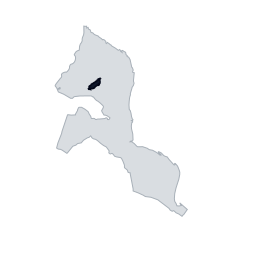 Metarica, Niassa, Mozambique (highlighted), rotated 307°
{"feature_id": "85939544B27352268742856", "entity_name": "Metarica", "entity_type": "district", "adm_level": 2, "iso_a3": "MOZ", "parent_name": "Mozambique", "parent_adm1": "Niassa", "projection": "mercator", "projection_center": [37.03, -14.331], "detail": "fine", "context": "in_parent", "style": "filled", "palette": "ink", "viewbox_px": 256, "rotation_deg": 307, "n_neighbors": 0, "source": "geoboundaries", "source_scale": "gbopen_adm2", "svg_char_len": 5775}
<svg xmlns="http://www.w3.org/2000/svg" viewBox="0 0 256 256"><g transform="rotate(307 128 128)"><path d="M80.8,170.0L82.4,168.8L92.8,157.3L93.5,156.8L92.6,154.9L94.0,152.7L94.2,149.2L94.6,148.7L96.2,147.5L98.4,144.0L99.8,141.2L99.9,139.9L98.0,136.2L97.4,134.2L98.0,132.4L98.2,130.8L97.9,130.3L96.7,129.6L96.5,128.9L96.5,128.1L96.7,127.6L98.2,126.8L98.5,126.4L99.8,122.1L99.3,118.9L99.3,115.2L99.6,111.3L99.5,109.2L98.5,106.7L98.5,104.9L99.1,103.6L99.3,102.9L97.0,102.5L95.8,101.5L91.4,99.8L88.0,99.6L85.2,97.1L83.0,96.7L80.2,94.9L71.4,94.6L71.0,94.4L70.7,88.9L70.4,87.1L69.3,85.2L69.0,83.9L69.1,83.0L74.0,81.0L83.6,78.3L85.7,77.3L102.1,71.8L102.5,72.1L104.2,75.0L106.9,78.2L107.6,77.7L111.5,77.2L112.1,76.8L113.3,76.5L114.6,76.3L115.1,76.5L116.6,78.5L117.1,82.2L117.1,84.7L117.0,86.5L115.8,88.6L114.9,91.2L113.7,92.7L113.7,93.3L115.1,94.9L115.4,95.6L115.3,97.0L115.6,97.5L116.8,98.3L117.8,99.6L121.3,103.5L122.2,104.1L122.9,104.3L123.3,105.1L123.1,105.9L122.5,106.4L122.8,107.2L123.4,107.7L125.1,107.6L125.3,107.4L125.2,104.0L124.6,102.1L123.9,101.1L125.3,97.5L126.0,96.5L128.7,96.1L129.9,95.8L130.5,95.3L130.8,94.2L131.2,91.0L131.3,87.9L131.0,86.2L131.4,83.5L132.0,81.9L131.7,81.5L131.5,79.3L124.8,70.5L121.0,66.5L120.4,66.1L118.3,65.8L117.2,64.3L116.3,56.4L114.9,50.7L117.1,46.9L117.8,44.5L118.3,44.2L120.1,44.0L126.7,44.1L128.3,44.3L129.1,44.1L130.8,42.6L132.2,42.6L134.1,43.6L135.1,44.4L135.3,45.1L136.6,45.5L138.9,45.6L140.7,45.2L141.7,44.4L142.9,44.0L144.0,43.9L144.9,44.2L145.5,44.8L146.7,45.3L148.4,45.5L150.3,45.1L152.3,44.1L153.5,42.9L154.1,41.1L154.5,40.8L157.4,40.6L158.9,41.0L160.9,42.2L164.2,40.1L166.4,39.4L168.4,39.4L170.1,38.9L171.4,37.9L172.8,37.2L175.6,36.5L177.5,35.5L182.8,31.4L183.4,32.6L184.4,33.7L183.0,34.8L184.3,35.6L183.4,36.7L183.2,37.5L183.7,38.2L183.1,39.5L182.3,40.5L182.1,41.2L182.8,42.6L182.4,44.9L183.5,48.9L183.2,50.2L183.4,53.3L183.0,54.4L183.7,54.8L184.1,56.1L183.8,58.2L182.6,59.1L182.5,60.0L183.9,60.0L184.0,62.8L183.8,63.6L184.1,64.5L183.7,65.5L184.2,69.9L184.2,73.0L184.3,73.6L185.6,74.1L185.5,75.0L184.7,76.1L184.8,77.8L185.7,76.5L186.2,76.5L186.7,77.0L186.7,78.9L187.0,79.9L186.9,80.7L185.4,82.3L185.3,83.9L184.8,84.1L184.5,84.4L184.9,85.3L184.9,86.1L183.8,88.6L178.8,94.4L178.7,95.4L177.4,97.3L176.1,97.6L175.3,98.1L175.9,99.7L169.2,103.8L168.5,104.4L167.4,105.9L165.2,106.7L162.8,106.8L162.4,107.1L157.0,109.1L155.9,110.0L153.6,110.8L150.0,112.9L147.0,114.9L143.6,117.8L143.2,119.4L141.6,121.5L139.2,124.0L137.8,126.0L137.7,126.9L136.8,127.2L136.1,126.3L135.8,128.0L135.2,128.1L134.6,127.8L131.5,129.5L129.3,131.5L126.1,135.4L121.5,139.2L120.4,139.3L119.0,138.0L118.2,137.9L119.3,139.3L119.3,142.5L118.7,146.2L118.8,147.0L121.9,151.0L123.4,155.6L123.5,158.0L125.0,161.0L125.7,165.7L125.6,170.0L126.3,170.7L126.6,170.0L126.7,167.3L127.1,166.6L127.5,166.7L127.9,168.2L128.1,169.7L127.5,173.1L127.7,174.5L128.5,176.8L127.6,179.5L126.2,186.9L126.5,187.4L127.2,187.5L127.5,186.7L127.9,186.7L128.1,187.2L127.5,190.2L126.9,191.4L124.9,194.6L123.8,196.0L122.0,197.3L117.7,199.4L109.1,202.4L103.7,204.8L99.4,207.6L97.5,209.5L96.7,211.7L95.3,213.9L96.5,215.8L98.2,217.2L98.9,215.0L99.3,214.9L98.6,224.4L92.6,224.6L90.9,224.2L90.0,224.3L89.9,220.3L89.2,217.4L89.5,215.2L89.4,214.1L88.1,213.4L87.8,211.1L88.5,209.3L88.6,195.0L86.5,188.0L83.7,183.1L83.5,180.6L82.3,175.1L80.8,170.0ZM118.5,50.2L119.2,49.8L119.3,49.2L118.9,48.9L118.5,48.9L118.3,50.0L118.5,50.2ZM118.1,49.0L117.5,48.5L117.1,48.6L117.0,49.0L117.4,49.6L117.9,49.6L118.1,49.0Z" fill="#d9dde1" stroke="#a8b0b8" stroke-width="1"/><path d="M145.2,79.0L145.3,79.0L145.6,78.7L145.8,78.6L146.0,78.5L146.0,78.4L146.1,78.5L146.3,78.4L146.4,78.6L146.6,78.7L146.9,78.6L147.0,78.5L147.1,78.4L147.3,78.3L147.5,78.2L147.9,78.1L148.1,77.9L148.1,77.7L148.3,77.6L148.5,77.4L148.7,77.2L148.8,77.2L149.0,76.9L149.1,76.6L149.4,76.5L149.5,76.4L149.6,76.2L149.8,76.0L150.0,76.1L150.3,76.3L150.5,76.3L150.5,76.2L150.7,75.9L150.8,76.0L150.9,75.8L150.7,75.7L150.7,75.8L150.6,75.7L150.4,75.5L150.2,75.5L150.1,75.4L149.9,75.2L149.7,75.1L149.4,75.0L149.2,74.9L149.1,75.0L149.1,74.9L148.9,74.9L148.8,75.0L148.8,74.9L148.6,75.0L148.5,74.9L148.4,74.9L148.3,75.0L148.2,75.0L148.1,74.9L147.9,74.9L147.7,74.8L147.4,74.8L147.2,74.9L147.3,74.8L147.2,74.8L147.2,74.7L147.0,74.8L146.9,74.8L146.9,74.7L146.7,74.6L146.4,74.5L146.3,74.4L146.2,74.5L146.1,74.4L145.9,74.4L145.8,74.5L145.7,74.4L145.5,74.5L145.4,74.4L145.2,74.3L145.2,74.2L144.9,74.2L144.7,74.0L144.6,73.9L144.4,73.9L144.3,73.7L144.2,73.7L143.9,73.7L143.7,73.5L143.4,73.6L143.1,73.7L142.9,73.5L142.9,73.4L142.7,73.4L142.5,73.2L142.4,73.2L142.0,72.9L141.9,72.8L141.9,72.7L141.7,72.7L141.4,72.6L141.2,72.6L140.9,72.4L140.8,72.5L140.7,72.5L140.4,72.5L140.1,72.5L139.8,72.5L139.7,72.5L139.3,72.6L139.2,72.5L139.1,72.4L139.1,72.2L138.9,72.1L138.5,72.0L138.3,71.9L137.7,71.9L137.5,72.2L137.4,72.3L137.4,72.5L137.3,72.8L137.2,72.9L137.0,73.0L136.8,73.0L136.7,72.9L136.3,72.7L136.2,72.7L135.9,72.7L135.7,72.7L135.4,72.7L135.3,72.8L135.2,72.8L135.2,72.7L135.2,72.9L135.3,72.9L135.4,73.0L135.3,73.4L135.4,73.5L135.5,73.5L135.5,73.8L135.7,74.0L135.9,74.0L136.0,74.3L136.1,74.5L136.2,74.9L136.8,74.2L136.9,74.3L137.1,74.4L137.1,74.7L137.2,74.8L137.4,75.1L137.5,75.2L137.7,75.4L137.8,75.4L137.8,75.5L138.0,75.6L138.0,75.8L138.1,76.0L138.3,76.2L138.4,76.3L138.5,76.3L138.8,76.5L139.0,76.6L139.3,76.5L139.4,76.8L139.5,76.8L139.7,77.0L139.8,77.0L140.0,77.1L140.3,77.1L140.5,77.0L140.8,77.0L141.0,76.9L141.1,77.0L141.3,77.1L141.5,77.1L141.8,77.1L142.0,77.2L142.2,77.3L142.3,77.3L142.5,77.4L142.6,77.5L142.8,77.6L143.1,77.6L143.2,77.4L143.2,77.5L143.4,77.6L143.5,77.5L143.9,77.9L144.0,77.9L144.0,78.1L144.2,78.3L144.3,78.3L144.4,78.5L144.5,78.5L144.4,78.6L144.6,78.7L144.6,78.8L144.8,78.8L145.0,79.0L145.2,79.0Z" fill="#0f172a" stroke="#020617" stroke-width="1.5"/></g></svg>